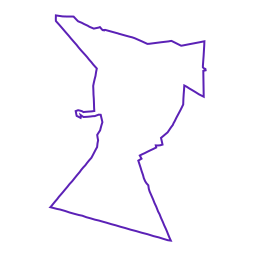 the district of Ana, Al-Anbar, Iraq
{"feature_id": "34846034B40379251126698", "entity_name": "Ana", "entity_type": "district", "adm_level": 2, "iso_a3": "IRQ", "parent_name": "Iraq", "parent_adm1": "Al-Anbar", "projection": "mercator", "projection_center": [41.794, 34.329], "detail": "fine", "context": "isolated", "style": "outline", "palette": "violet", "viewbox_px": 256, "rotation_deg": 0, "n_neighbors": 0, "source": "geoboundaries", "source_scale": "gbopen_adm2", "svg_char_len": 2730}
<svg xmlns="http://www.w3.org/2000/svg" viewBox="0 0 256 256"><path d="M55.9,15.4L55.8,19.0L55.9,21.0L56.3,21.5L59.1,24.6L62.4,28.4L65.8,32.4L68.7,35.7L70.9,38.4L73.6,41.5L76.6,44.9L78.7,47.6L81.1,50.4L83.1,52.6L85.2,54.9L87.3,57.3L89.0,59.5L91.4,62.2L93.2,64.5L94.9,66.4L96.8,68.5L96.1,71.9L95.5,75.9L94.6,79.3L93.8,82.8L93.2,85.9L93.4,90.9L93.5,94.6L93.8,98.8L94.0,104.2L94.1,107.9L94.3,111.0L91.6,111.4L88.4,111.6L84.8,111.9L83.5,112.1L81.8,111.1L79.5,110.5L78.1,110.2L75.7,111.1L76.4,114.7L76.7,115.9L78.7,116.9L80.6,117.9L81.0,116.5L80.6,115.0L82.5,116.4L83.6,117.0L87.2,116.8L90.5,116.5L92.7,116.2L94.8,116.1L97.2,115.2L98.6,114.7L99.5,114.7L100.7,114.8L101.2,117.0L101.8,119.5L102.4,122.2L101.4,125.4L100.6,128.4L100.1,130.4L98.7,132.5L97.2,134.9L97.6,137.7L98.1,140.3L97.5,143.4L97.1,147.1L95.8,149.4L94.4,152.1L92.9,155.0L91.4,157.8L89.1,160.4L87.0,163.0L85.3,165.3L83.3,167.4L81.2,169.9L79.8,171.9L77.0,175.2L74.9,177.8L72.2,181.2L69.5,184.1L67.4,186.8L65.2,189.4L62.8,192.3L58.9,196.8L57.1,199.2L55.2,201.4L53.3,203.7L50.7,206.9L50.4,207.2L53.5,208.0L56.9,208.9L60.0,209.5L65.2,211.0L69.6,212.5L73.9,213.7L78.8,215.0L82.3,215.7L86.3,217.2L90.8,218.4L94.7,219.6L99.1,220.6L102.9,221.7L106.5,222.7L111.1,224.1L115.7,225.3L120.6,226.8L125.1,228.0L130.7,229.7L136.2,231.1L141.6,232.7L147.5,234.2L150.4,235.1L153.5,236.1L158.8,237.4L163.5,238.9L167.8,240.2L170.8,240.6L169.4,237.5L168.2,234.6L167.0,231.5L165.8,228.7L164.2,225.3L162.9,222.1L161.0,217.9L159.6,214.3L158.1,211.5L157.1,208.9L156.2,206.6L154.5,203.0L153.1,199.4L151.4,195.5L149.6,191.4L148.8,188.8L148.3,185.3L146.5,183.3L145.2,181.3L143.8,178.1L143.0,175.0L141.7,171.3L140.6,167.7L139.3,163.7L138.3,160.6L141.5,158.7L139.8,155.5L141.9,154.4L144.6,153.2L147.3,151.8L150.6,150.2L153.4,148.9L156.2,147.5L155.8,145.4L157.5,145.5L160.1,145.3L162.5,144.6L162.0,142.2L161.0,137.9L165.3,134.3L167.6,132.4L171.1,127.2L172.8,125.0L173.5,123.3L174.8,121.0L176.4,117.7L177.9,114.9L180.3,110.4L181.6,107.8L183.2,104.5L183.4,98.9L183.7,94.1L184.0,90.3L184.3,85.5L186.8,86.8L189.2,88.4L191.8,89.9L195.3,92.0L199.1,94.4L203.7,96.7L203.3,70.9L204.4,70.6L205.6,70.3L205.4,69.0L204.6,68.6L204.0,68.5L202.9,67.3L202.9,65.7L203.6,56.0L204.2,46.0L204.4,41.3L203.3,41.5L199.9,42.2L188.8,44.3L182.6,45.5L181.2,45.7L180.7,45.5L171.9,41.1L171.4,40.9L170.0,41.1L168.5,41.4L161.5,42.2L149.1,43.8L148.7,43.8L147.5,43.9L147.2,43.8L142.0,41.4L134.7,38.2L132.1,37.3L129.6,36.7L125.9,35.7L118.4,33.6L118.0,33.4L116.8,33.1L115.0,32.6L105.2,29.9L103.9,30.0L103.9,30.3L102.6,30.1L101.9,29.4L99.9,27.1L98.6,27.6L93.8,28.6L89.5,26.8L87.7,25.7L84.0,24.0L81.8,22.8L78.1,21.3L76.8,20.0L73.6,16.6L71.1,16.5L65.8,16.5L62.6,16.4L58.5,15.8L55.9,15.4Z" fill="none" stroke="#5b21b6" stroke-width="2"/></svg>